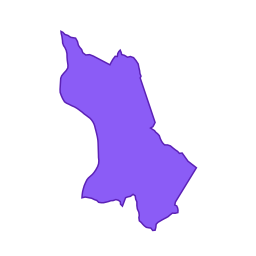 Lajeado, Tocantins, Brazil, rotated 352°
{"feature_id": "56859067B46594073985898", "entity_name": "Lajeado", "entity_type": "district", "adm_level": 2, "iso_a3": "BRA", "parent_name": "Brazil", "parent_adm1": "Tocantins", "projection": "robinson", "projection_center": [-48.308, -9.839], "detail": "fine", "context": "isolated", "style": "filled", "palette": "violet", "viewbox_px": 256, "rotation_deg": 352, "n_neighbors": 0, "source": "geoboundaries", "source_scale": "gbopen_adm2", "svg_char_len": 2161}
<svg xmlns="http://www.w3.org/2000/svg" viewBox="0 0 256 256"><g transform="rotate(352 128 128)"><path d="M164.7,207.8L190.2,176.9L182.8,169.3L178.1,160.3L175.4,160.3L173.8,158.0L172.0,156.4L169.8,154.1L167.5,151.6L164.9,150.3L161.8,149.8L160.1,147.4L159.2,145.3L158.5,143.0L157.9,139.9L156.5,137.8L154.9,136.1L153.9,134.3L150.3,131.2L152.9,130.1L154.3,128.2L155.6,126.3L147.0,80.1L148.1,78.5L147.4,75.7L147.5,72.9L147.2,69.8L147.0,66.0L145.3,62.4L143.3,59.1L140.2,57.5L137.5,57.9L134.5,55.5L132.0,54.4L131.7,52.0L131.1,49.8L129.5,51.1L128.2,52.9L127.4,55.7L125.3,55.2L122.7,57.8L120.8,60.2L118.9,62.9L103.6,51.9L100.2,50.0L96.3,49.8L93.7,47.1L93.0,43.8L91.5,41.5L90.4,39.1L90.0,35.3L88.6,31.7L86.3,31.0L83.9,30.2L81.3,27.9L78.6,26.6L76.8,24.2L75.1,23.0L75.0,25.2L75.3,27.8L75.3,30.3L75.3,32.5L75.1,34.7L75.7,37.5L76.7,39.5L77.6,42.5L77.9,45.9L77.5,49.4L77.3,52.3L77.3,54.4L77.3,57.5L76.8,60.1L74.8,62.5L71.8,65.0L69.6,67.1L68.3,69.4L67.8,71.9L67.2,74.8L66.6,77.8L66.1,80.3L65.8,83.4L66.5,86.8L67.4,89.9L68.8,93.2L70.5,94.8L72.7,96.2L75.7,98.3L77.9,99.6L80.2,101.4L81.8,102.9L83.2,104.3L84.9,106.0L86.5,107.9L88.4,109.7L90.3,111.6L91.8,113.1L93.0,114.9L94.0,116.8L94.8,119.0L95.3,121.3L95.5,123.4L95.8,125.9L96.1,128.6L96.4,132.3L96.5,135.9L96.3,138.6L96.0,141.4L95.7,144.1L95.3,147.8L95.0,150.6L94.7,152.9L94.6,156.3L93.9,159.3L92.6,161.9L90.3,165.0L88.1,167.4L86.3,169.0L84.2,170.4L81.8,172.0L80.1,173.6L78.4,176.1L76.6,179.1L75.2,182.2L74.2,184.7L73.4,187.5L72.7,190.7L75.9,190.4L78.1,191.1L80.1,191.8L82.2,192.5L84.7,194.2L87.0,195.4L88.6,197.5L91.2,198.3L93.4,198.6L95.6,198.4L98.5,198.1L100.9,197.6L103.1,197.8L106.0,197.2L108.4,198.2L110.1,199.8L110.0,202.4L111.6,204.6L115.9,196.7L118.0,196.2L120.9,196.0L123.8,194.4L125.7,196.2L125.7,199.5L126.5,202.4L126.0,206.2L126.0,209.5L127.0,212.9L127.0,216.0L126.3,218.3L126.3,221.5L128.0,223.4L129.4,225.6L130.6,227.2L132.3,228.9L134.6,229.7L136.7,230.3L138.2,232.9L140.6,233.0L141.7,230.4L142.5,227.2L144.5,225.6L149.3,223.6L155.3,221.4L157.6,219.9L160.0,218.5L162.8,219.0L165.6,218.7L166.1,216.4L166.0,214.1L165.4,212.0L163.6,210.7L164.7,207.8Z" fill="#8b5cf6" stroke="#5b21b6" stroke-width="1.5"/></g></svg>